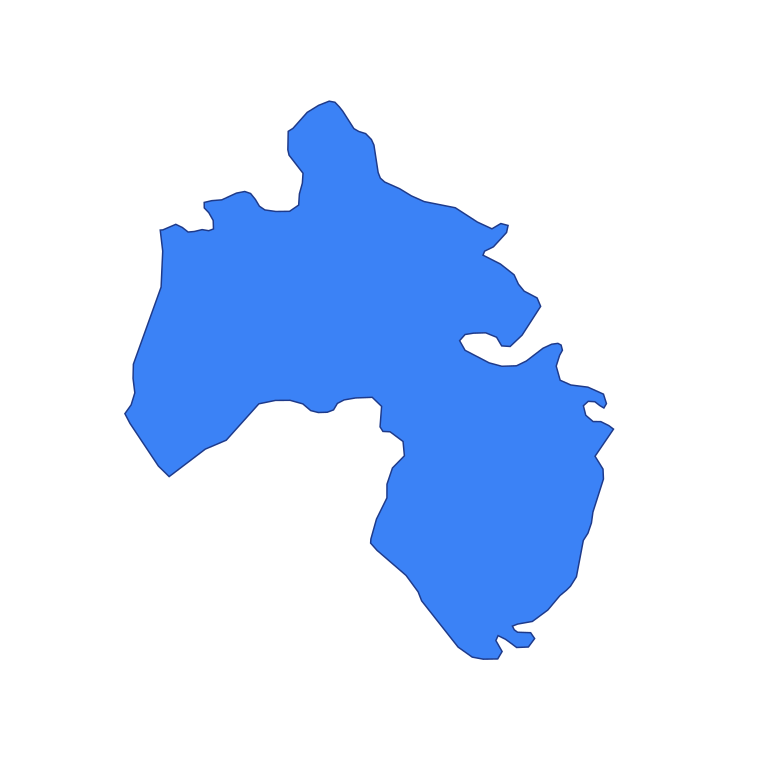 SVG path tracing the border of Markazi, rotated 126°
{"feature_id": "IRN-3231", "entity_name": "Markazi", "entity_type": "Province", "adm_level": 1, "iso_a3": "IRN", "parent_name": "Iran", "parent_adm1": "", "projection": "equal_earth", "projection_center": [49.809, 34.588], "detail": "fine", "context": "isolated", "style": "filled", "palette": "blue", "viewbox_px": 768, "rotation_deg": 126, "n_neighbors": 0, "source": "natural_earth", "source_scale": "10m", "svg_char_len": 2187}
<svg xmlns="http://www.w3.org/2000/svg" viewBox="0 0 768 768"><g transform="rotate(126 384 384)"><path d="M585.2,503.4L583.0,518.3L565.2,566.3L560.3,576.2L549.5,576.3L537.6,580.4L527.0,590.3L515.3,598.4L436.6,621.3L406.6,641.1L391.0,655.5L389.3,653.5L377.2,646.3L375.9,639.1L376.2,631.8L372.1,627.1L366.0,621.9L363.0,615.9L358.8,613.1L352.1,618.3L348.4,626.4L347.2,632.9L342.8,636.2L336.9,631.1L330.4,623.5L316.3,615.6L310.1,609.8L308.3,603.9L310.3,596.5L313.4,589.3L313.2,582.7L308.0,572.9L299.8,561.9L289.4,558.2L279.9,564.2L269.5,568.1L261.1,573.4L254.7,595.3L251.1,599.4L235.9,610.0L230.7,607.9L209.4,605.8L197.0,600.7L187.4,594.6L184.9,589.3L186.0,583.3L187.5,577.8L195.1,558.5L194.5,552.8L192.2,546.0L193.6,537.9L196.6,532.6L216.3,513.1L219.6,508.0L220.2,502.2L216.8,486.0L215.7,472.4L212.8,458.7L199.5,429.9L198.1,403.6L195.0,387.9L185.5,383.8L182.8,376.8L189.4,373.9L208.7,376.1L217.4,380.7L221.6,379.6L218.5,360.3L219.2,342.9L224.2,334.0L226.5,325.2L224.4,310.7L229.1,302.9L263.3,301.0L279.5,304.0L284.0,311.2L280.0,320.4L282.8,331.8L290.2,341.4L296.3,347.5L304.5,348.3L309.1,338.2L305.1,311.4L300.4,299.1L291.4,287.5L281.8,282.4L261.6,276.4L253.2,271.7L248.9,267.2L248.4,263.6L251.8,259.5L257.5,258.8L268.3,255.2L277.4,243.7L275.0,232.3L266.7,217.2L263.2,200.5L269.1,192.5L274.2,192.0L274.6,196.7L274.4,203.0L278.0,208.6L284.4,209.9L290.7,202.4L291.5,192.8L287.0,186.5L285.5,177.7L285.6,171.8L318.4,170.8L324.1,156.8L331.9,150.6L364.8,139.7L374.5,134.5L384.8,131.3L393.4,130.8L426.9,115.0L438.0,114.3L443.6,115.2L451.7,117.3L470.5,118.6L488.9,124.4L499.7,134.8L504.4,137.8L506.3,134.1L506.3,130.0L499.0,119.2L501.4,112.5L511.9,112.6L519.2,121.8L519.1,135.5L520.5,143.8L525.8,142.7L531.0,131.2L539.6,130.4L548.3,142.0L553.1,152.1L553.3,169.4L537.3,226.1L532.1,234.2L525.9,253.6L522.7,291.8L520.6,301.3L517.1,303.5L497.7,310.7L474.4,314.7L463.3,322.7L447.0,327.8L430.1,325.3L419.3,334.8L419.1,351.0L423.0,357.0L421.0,362.0L403.5,372.8L401.7,385.7L411.9,398.7L420.3,406.9L427.1,410.3L434.6,409.6L440.2,413.3L445.7,420.4L448.6,427.7L447.8,438.0L452.4,450.4L461.1,462.2L473.6,473.6L522.2,478.6L541.7,490.3L585.2,503.4Z" fill="#3b82f6" stroke="#1e3a8a" stroke-width="1.5"/></g></svg>